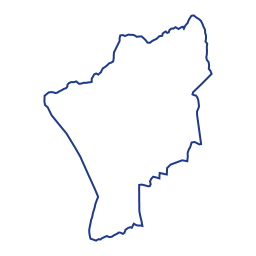 the district of Serrinha, Bahia, Brazil
{"feature_id": "56859067B34469198786883", "entity_name": "Serrinha", "entity_type": "district", "adm_level": 2, "iso_a3": "BRA", "parent_name": "Brazil", "parent_adm1": "Bahia", "projection": "equal_earth", "projection_center": [-38.992, -11.677], "detail": "fine", "context": "isolated", "style": "outline", "palette": "blue", "viewbox_px": 256, "rotation_deg": 0, "n_neighbors": 0, "source": "geoboundaries", "source_scale": "gbopen_adm2", "svg_char_len": 2519}
<svg xmlns="http://www.w3.org/2000/svg" viewBox="0 0 256 256"><path d="M44.6,95.8L44.5,98.5L44.4,101.5L45.1,105.1L47.7,107.3L51.6,115.3L63.0,129.3L66.3,133.2L75.5,148.3L80.3,156.7L87.9,173.7L94.9,189.1L98.1,196.8L97.4,198.7L96.4,201.2L95.3,204.3L94.8,207.0L93.8,210.4L92.9,213.1L92.5,215.6L92.0,217.7L91.1,219.9L90.5,223.3L89.7,227.2L89.2,229.9L89.3,232.6L89.7,235.4L90.5,238.7L93.8,239.8L96.0,240.6L98.5,239.2L100.4,239.5L101.9,238.3L104.2,237.2L106.9,236.0L109.1,237.1L111.7,236.8L113.9,235.3L115.6,234.5L117.1,233.7L118.8,232.5L120.9,232.8L122.9,233.9L124.5,232.7L125.5,229.8L128.0,228.0L130.3,227.2L131.8,227.8L133.8,223.7L136.0,225.0L137.8,225.5L140.3,225.5L142.4,225.9L141.8,222.8L141.4,220.6L140.8,218.4L139.9,214.2L139.4,211.4L139.3,208.9L139.3,206.0L139.3,203.8L139.2,201.4L139.2,198.2L139.2,193.1L139.1,189.5L139.2,184.9L142.0,184.6L144.3,185.2L146.1,185.7L148.1,186.3L149.8,186.1L150.7,184.2L150.0,181.4L151.3,178.7L153.2,176.7L156.4,177.5L159.4,178.4L159.5,175.3L159.7,173.0L166.8,174.5L167.1,168.1L168.7,166.5L170.6,164.6L182.2,160.3L187.3,161.2L187.8,155.9L187.6,153.5L188.1,151.5L188.9,149.3L190.1,147.4L190.7,145.5L191.6,142.5L194.6,142.0L196.9,143.1L199.3,144.4L201.1,144.1L197.1,115.0L197.0,111.6L198.1,109.1L199.0,106.5L198.6,102.8L198.2,99.9L197.3,97.4L195.9,95.5L194.1,95.2L192.5,94.4L193.1,92.2L201.7,83.9L211.6,73.9L210.4,70.8L208.8,68.9L209.1,65.4L208.6,62.1L206.8,59.8L206.3,57.1L206.8,54.7L207.0,51.2L206.8,47.0L207.2,43.7L205.5,41.6L206.0,38.6L206.0,35.6L205.1,32.6L205.0,29.6L203.6,27.0L202.3,23.5L200.8,20.7L198.9,19.1L196.6,17.7L193.7,15.4L191.4,15.8L189.9,18.1L188.7,20.1L187.6,23.1L186.1,24.6L185.0,26.2L183.9,28.6L182.8,26.7L181.1,27.4L178.5,29.0L175.5,27.2L173.4,28.6L171.3,28.6L169.4,30.2L168.8,32.3L167.1,32.9L165.8,31.5L164.1,32.4L162.6,33.7L162.2,35.8L159.3,36.2L157.7,37.8L156.3,39.0L154.7,39.7L152.3,40.9L149.9,42.8L147.4,42.6L145.6,40.1L143.3,37.9L141.6,36.4L139.2,36.5L136.8,36.8L135.1,35.7L133.3,34.9L130.8,34.9L128.5,34.6L126.7,35.3L124.9,36.0L123.0,35.1L120.3,35.4L119.6,38.3L119.6,41.0L115.2,49.9L114.0,52.4L113.8,54.7L113.7,58.3L113.2,61.4L111.3,62.6L109.1,63.3L107.4,65.1L105.2,66.9L102.9,68.3L101.8,70.2L101.0,72.1L98.2,74.6L96.1,73.5L94.2,74.4L93.1,76.4L91.7,78.8L91.7,81.9L90.1,82.3L88.2,82.4L86.5,82.8L83.6,82.8L81.3,83.6L79.0,83.8L77.7,82.6L76.2,81.4L73.8,82.2L71.1,82.1L68.8,83.2L67.5,84.6L67.3,86.8L66.0,88.2L63.8,88.9L61.9,90.1L59.6,91.2L57.6,92.5L55.4,93.1L53.6,92.4L51.6,92.1L48.7,92.4L46.4,94.3L44.6,95.8Z" fill="none" stroke="#1e3a8a" stroke-width="2"/></svg>